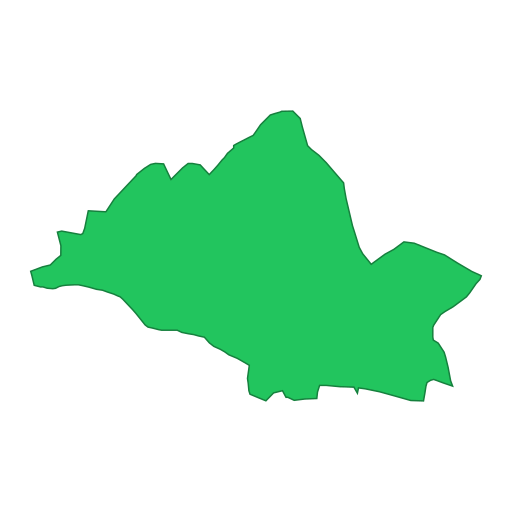 Shaqlawa, Arbil, Iraq (orthographic projection)
{"feature_id": "34846034B67830474961503", "entity_name": "Shaqlawa", "entity_type": "district", "adm_level": 2, "iso_a3": "IRQ", "parent_name": "Iraq", "parent_adm1": "Arbil", "projection": "orthographic", "projection_center": [44.21, 36.45], "detail": "fine", "context": "isolated", "style": "filled", "palette": "green", "viewbox_px": 512, "rotation_deg": 0, "n_neighbors": 0, "source": "geoboundaries", "source_scale": "gbopen_adm2", "svg_char_len": 2248}
<svg xmlns="http://www.w3.org/2000/svg" viewBox="0 0 512 512"><path d="M34.2,285.3L40.4,286.9L42.9,286.9L47.1,288.2L52.8,288.7L55.6,288.3L59.1,286.5L62.3,285.7L66.2,285.2L74.3,284.8L78.5,284.8L82.8,285.7L88.8,287.1L96.5,289.3L102.5,290.2L107.1,291.9L113.8,294.1L117.7,295.9L120.1,296.8L122.6,299.0L127.5,304.2L132.5,309.5L136.0,313.5L145.1,324.9L148.0,327.1L152.2,328.0L158.9,329.7L161.7,330.2L177.2,330.2L181.8,332.4L188.2,333.7L193.8,334.6L198.4,335.9L204.4,337.2L209.4,342.9L213.9,346.4L219.9,349.1L224.5,351.7L228.8,354.8L237.2,358.3L241.1,360.5L249.3,365.3L248.6,370.5L247.5,378.4L248.2,383.3L248.9,390.7L250.0,394.2L257.4,397.3L265.9,400.8L273.6,392.9L282.5,390.7L286.0,397.3L287.8,397.3L294.2,400.3L304.8,399.0L316.8,398.5L317.5,392.0L319.6,385.4L326.3,385.4L340.1,386.7L345.1,386.8L352.4,387.1L353.9,387.1L357.4,393.2L358.5,387.9L365.2,388.8L379.7,391.8L393.8,395.7L410.8,400.5L423.5,400.9L424.9,393.0L425.9,386.4L427.0,382.5L430.5,380.3L433.7,379.4L443.2,382.9L452.6,386.1L450.6,380.7L448.1,367.4L445.6,357.1L444.1,352.2L438.2,343.1L433.3,340.1L432.8,337.1L432.8,332.9L432.8,327.4L433.8,325.0L440.6,314.6L444.9,311.6L453.2,306.7L466.4,296.9L469.8,292.7L476.1,283.6L480.0,279.3L481.3,275.8L471.7,271.4L456.9,262.7L444.5,254.9L436.8,252.3L414.2,243.2L411.0,242.8L403.9,241.9L393.8,249.4L385.0,254.2L371.2,264.3L362.7,253.8L359.2,247.3L354.5,232.1L352.5,225.8L346.1,198.7L344.3,188.6L343.6,182.9L334.1,171.9L326.3,162.8L318.9,155.3L311.5,149.6L307.6,145.7L302.3,126.9L300.2,118.5L292.8,111.1L281.7,111.3L280.0,112.1L275.0,113.5L273.7,113.9L270.3,115.0L266.0,119.3L260.6,124.7L256.3,131.0L253.2,135.4L249.3,137.3L240.7,141.7L236.1,144.1L233.7,145.5L233.7,148.0L227.5,153.3L224.4,157.7L222.0,160.1L217.7,165.4L213.8,169.8L209.2,174.6L200.2,164.9L192.4,163.5L188.1,163.5L182.7,167.8L171.0,179.5L167.5,172.2L163.6,163.9L155.4,163.4L150.7,164.4L144.5,168.3L136.7,174.5L136.2,175.5L136.0,175.9L135.9,176.0L135.7,176.2L135.6,176.3L125.8,186.7L114.6,198.6L114.4,198.8L106.1,211.5L105.8,211.8L88.5,210.8L88.3,210.8L88.2,211.2L84.7,228.3L82.9,233.3L82.7,233.6L80.8,234.6L61.7,231.1L59.9,231.5L57.4,232.1L60.9,245.7L60.8,255.4L56.1,259.2L50.3,265.0L42.4,266.9L30.7,271.3L31.9,275.6L34.2,285.3Z" fill="#22c55e" stroke="#15803d" stroke-width="1.5"/></svg>